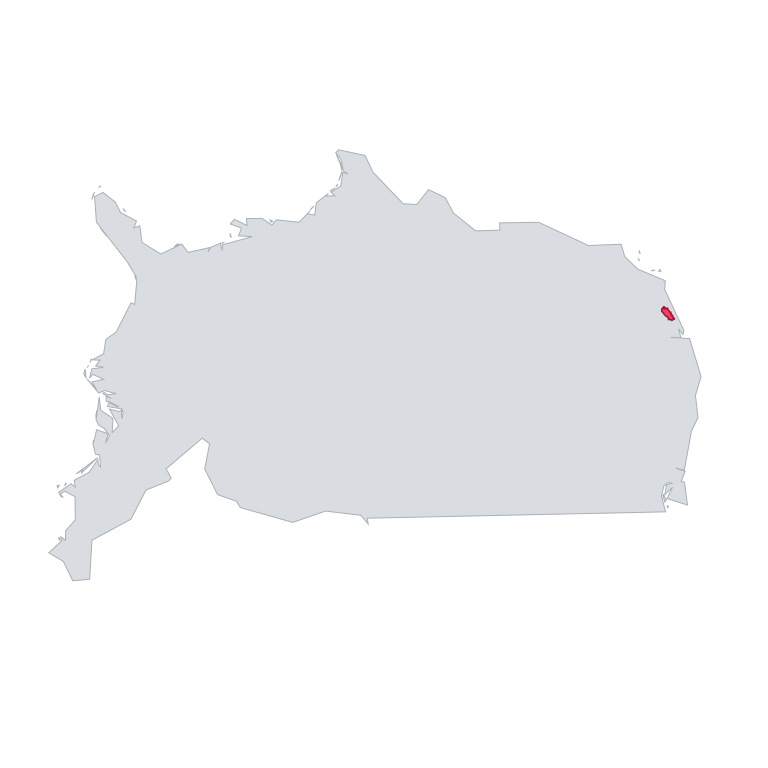 San Benito, California, United States of America (highlighted), rotated 186°
{"feature_id": "52423323B5435817984489", "entity_name": "San Benito", "entity_type": "district", "adm_level": 2, "iso_a3": "USA", "parent_name": "United States of America", "parent_adm1": "California", "projection": "albers", "projection_center": [-121.114, 36.593], "detail": "fine", "context": "in_parent", "style": "filled", "palette": "rose", "viewbox_px": 768, "rotation_deg": 186, "n_neighbors": 0, "source": "geoboundaries", "source_scale": "gbopen_adm2", "svg_char_len": 5341}
<svg xmlns="http://www.w3.org/2000/svg" viewBox="0 0 768 768"><g transform="rotate(186 384 384)"><path d="M621.5,223.1L658.1,198.1L656.3,159.0L673.0,155.8L684.3,174.0L699.8,181.1L688.1,194.4L689.4,198.2L684.5,195.4L685.2,204.9L676.8,216.6L679.5,239.7L690.5,244.0L694.4,240.4L691.2,237.6L693.5,238.4L696.2,242.2L684.9,252.1L680.2,249.2L682.1,255.8L668.0,265.4L660.7,279.0L659.7,274.1L657.2,271.9L659.4,283.7L663.5,283.9L667.0,293.2L665.0,308.4L653.3,305.7L654.7,296.1L651.5,303.9L657.7,310.6L663.4,313.3L666.6,318.1L665.8,341.4L663.1,328.4L649.9,321.4L649.3,307.3L643.4,314.7L654.4,330.4L644.4,328.9L642.1,330.8L641.9,324.3L640.9,322.7L640.4,328.2L642.0,331.8L656.7,332.7L655.6,337.0L647.6,333.6L645.2,333.6L655.1,337.6L658.5,337.6L659.0,342.7L653.9,341.1L662.5,344.9L661.6,346.4L657.4,344.4L649.5,346.4L661.3,348.3L666.8,345.2L680.1,358.1L669.3,348.6L674.7,355.6L663.3,359.3L674.7,363.2L677.4,359.1L676.1,368.6L664.7,371.2L672.7,371.8L669.0,378.0L676.7,377.5L666.0,384.8L665.3,399.2L655.8,407.6L644.1,438.3L640.3,437.1L640.6,460.1L642.0,465.2L651.9,478.4L686.9,514.8L691.4,540.1L683.5,545.2L670.0,536.6L664.0,527.0L647.2,520.2L649.0,513.2L643.4,515.8L639.4,499.5L619.5,489.9L599.8,502.0L592.6,494.4L571.5,501.5L572.9,497.1L570.4,501.9L561.5,507.0L559.0,500.0L559.1,505.5L530.6,516.8L544.1,516.2L542.1,524.1L553.6,527.1L550.0,532.1L536.7,527.3L538.1,534.1L522.7,536.0L512.0,530.3L508.4,536.0L485.3,536.0L475.5,548.6L477.9,545.2L470.5,544.8L470.3,557.0L459.1,567.9L461.6,564.9L452.6,566.0L456.6,569.1L447.7,576.5L447.0,590.1L441.9,589.2L446.7,591.6L450.3,603.0L456.2,608.9L453.7,612.2L426.7,609.3L417.2,593.6L383.7,565.2L370.1,566.0L360.1,581.9L342.6,575.8L332.7,561.2L308.9,545.9L284.9,549.1L285.8,556.3L247.2,561.0L195.2,543.1L162.8,547.8L157.8,535.8L143.5,524.7L115.0,516.1L114.8,507.4L91.2,468.4L91.9,464.3L96.6,469.5L93.6,461.0L103.6,460.3L84.9,461.2L69.4,424.4L73.1,405.2L68.2,383.4L73.3,369.6L76.3,329.6L85.0,330.8L75.4,328.6L78.3,317.9L75.0,317.9L69.5,295.3L90.5,299.7L86.3,311.4L93.2,303.2L92.5,313.0L87.5,315.4L91.1,315.9L95.0,311.8L96.4,301.8L90.6,286.3L386.6,248.8L385.1,243.1L393.3,251.0L428.9,251.5L460.3,236.8L514.0,246.1L518.5,252.0L537.9,256.6L553.4,280.7L551.2,306.3L559.2,311.1L591.8,276.9L585.8,268.0L588.5,264.7L609.6,253.7L621.5,223.1ZM674.7,267.1L680.6,262.5L661.1,280.9L675.9,263.4L674.7,267.1ZM92.2,295.9L95.0,302.2L94.8,303.2L91.0,298.4L92.2,295.9ZM455.3,607.1L449.4,597.7L448.2,591.9L450.2,597.8L455.3,607.1ZM690.0,194.1L691.6,197.0L690.3,197.0L690.0,194.1ZM513.2,533.1L514.5,535.3L511.6,534.2L513.2,533.1ZM126.2,525.8L129.4,524.4L129.6,524.8L126.2,525.8ZM122.7,524.9L121.4,526.7L120.3,525.1L122.7,524.9ZM691.0,249.2L690.2,252.1L689.5,251.9L691.0,249.2ZM448.8,586.1L448.1,591.2L450.3,581.1L448.8,586.1ZM675.9,502.6L682.7,509.8L675.0,502.0L675.9,502.6ZM143.1,533.3L144.6,535.9L142.9,533.5L143.1,533.3ZM693.3,540.8L691.9,544.7L693.7,537.0L693.3,540.8ZM683.7,363.0L682.7,367.6L680.9,358.7L683.7,363.0ZM89.4,290.7L89.4,292.6L88.2,291.6L89.4,290.7ZM457.2,570.9L453.0,574.2L457.2,570.2L457.2,570.9ZM697.5,246.6L698.5,248.7L696.4,249.3L697.5,246.6ZM143.3,540.5L144.5,543.5L142.8,540.8L143.3,540.5ZM452.3,576.2L450.7,577.9L451.9,575.6L452.3,576.2ZM667.3,322.1L666.8,327.9L666.9,320.2L667.3,322.1ZM474.6,551.1L472.1,553.7L475.6,549.4L474.6,551.1ZM642.1,462.2L643.1,466.0L641.8,463.6L642.1,462.2ZM677.9,377.6L677.3,378.7L678.7,374.7L677.9,377.6ZM607.1,498.2L604.3,501.5L602.7,501.7L607.1,498.2ZM559.9,506.8L559.5,507.7L557.4,508.3L559.9,506.8ZM660.3,529.0L661.8,531.3L659.4,528.8L660.3,529.0ZM552.5,515.2L552.8,517.8L551.1,513.6L552.5,515.2ZM687.8,550.4L685.9,551.5L688.4,549.6L687.8,550.4ZM667.2,295.0L667.1,297.8L667.0,293.9L667.2,295.0ZM681.0,369.3L680.2,370.7L680.0,370.8L681.0,369.3Z" fill="#d9dde1" stroke="#a8b0b8" stroke-width="1"/><path d="M102.0,478.9L102.0,479.3L102.3,479.7L102.6,479.9L103.1,480.4L103.6,480.9L103.9,481.1L104.0,481.0L104.2,481.3L104.3,481.4L104.3,481.5L104.3,481.8L104.2,481.8L104.1,482.0L104.2,482.3L104.3,482.3L104.5,482.4L104.6,482.5L104.6,482.4L104.8,482.5L105.0,482.6L105.0,482.8L105.3,482.8L105.5,482.8L105.8,483.0L105.9,483.3L106.0,483.4L106.1,483.5L106.1,483.8L106.1,484.0L106.0,484.3L106.2,484.5L106.3,484.5L106.4,484.8L106.3,485.0L106.2,485.2L106.2,485.3L106.3,485.3L106.3,485.2L106.5,485.2L106.8,485.2L107.0,485.2L107.2,485.3L107.3,485.4L107.3,485.5L107.5,485.7L107.5,485.8L107.7,486.0L108.0,486.3L108.6,487.0L108.9,487.3L109.7,488.1L109.7,488.6L109.8,488.9L109.9,489.0L110.0,489.1L110.3,489.0L110.4,488.9L110.4,488.7L110.5,488.6L110.7,488.8L110.8,488.8L111.0,488.8L111.1,488.7L111.2,488.4L111.3,488.3L111.5,488.4L111.5,488.5L111.8,488.6L112.0,488.6L112.2,488.8L112.3,488.8L112.4,489.0L112.5,489.1L112.7,489.3L112.8,489.4L112.8,489.5L113.0,489.5L113.2,489.8L113.3,489.9L113.4,490.0L113.5,490.1L113.9,490.1L114.1,490.0L114.1,489.6L113.9,489.1L113.7,488.9L113.6,488.5L113.4,488.3L113.5,488.3L113.9,488.6L114.2,488.8L114.4,489.0L114.5,488.8L114.4,488.6L114.7,488.2L115.1,488.2L115.5,488.0L115.5,485.5L111.3,481.4L111.1,481.2L108.4,479.9L108.3,479.4L108.2,479.4L108.1,479.1L107.9,478.9L107.9,478.7L107.7,478.6L107.4,478.7L107.2,478.4L107.5,477.9L104.9,477.9L104.5,477.4L104.3,477.6L104.0,477.5L103.8,477.7L103.7,478.0L103.4,478.4L103.3,478.5L103.2,478.6L103.1,478.9L102.9,479.0L102.8,478.9L102.5,478.9L102.2,478.7L102.0,478.9Z" fill="#f43f5e" stroke="#9f1239" stroke-width="1.5"/></g></svg>